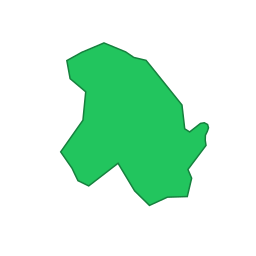 map outline of Ropazu (orthographic projection), rotated 239°
{"feature_id": "LVA-5773", "entity_name": "Ropazu", "entity_type": "Municipality", "adm_level": 1, "iso_a3": "LVA", "parent_name": "Latvia", "parent_adm1": "", "projection": "orthographic", "projection_center": [24.578, 56.966], "detail": "fine", "context": "isolated", "style": "filled", "palette": "green", "viewbox_px": 256, "rotation_deg": 239, "n_neighbors": 0, "source": "natural_earth", "source_scale": "10m", "svg_char_len": 556}
<svg xmlns="http://www.w3.org/2000/svg" viewBox="0 0 256 256"><g transform="rotate(239 128 128)"><path d="M213.3,151.2L194.4,165.2L185.5,169.3L176.7,178.3L167.6,179.6L119.9,186.1L98.1,176.2L92.9,178.8L94.6,192.5L93.2,196.1L90.0,198.0L86.7,197.1L84.3,194.3L81.9,190.6L77.7,187.9L72.9,185.9L61.6,158.0L52.2,156.7L38.7,143.5L48.4,126.2L50.6,106.5L70.7,101.3L102.9,101.3L98.6,64.5L108.6,58.0L116.4,58.7L122.2,59.3L142.2,58.0L157.9,93.4L180.8,110.4L200.1,103.8L217.3,110.3L216.7,127.4L213.3,151.2Z" fill="#22c55e" stroke="#15803d" stroke-width="1.5"/></g></svg>